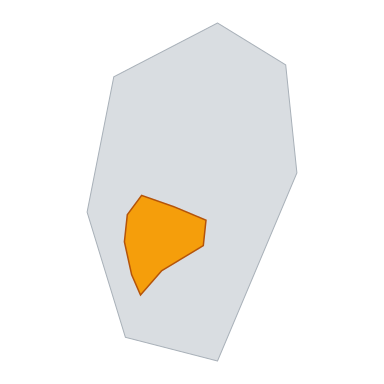 where Buada sits in Nauru
{"feature_id": "NRU-4970", "entity_name": "Buada", "entity_type": "state/province", "adm_level": 1, "iso_a3": "NRU", "parent_name": "Nauru", "parent_adm1": "", "projection": "equal_earth", "projection_center": [166.925, -0.53], "detail": "fine", "context": "in_parent", "style": "filled", "palette": "amber", "viewbox_px": 384, "rotation_deg": 0, "n_neighbors": 0, "source": "natural_earth", "source_scale": "10m", "svg_char_len": 406}
<svg xmlns="http://www.w3.org/2000/svg" viewBox="0 0 384 384"><path d="M296.9,172.9L217.5,361.0L125.4,337.3L87.1,212.1L113.8,76.8L217.5,23.0L285.7,64.9L296.9,172.9Z" fill="#d9dde1" stroke="#a8b0b8" stroke-width="1"/><path d="M206.0,220.2L203.3,245.6L161.7,270.7L140.5,295.0L131.6,274.6L124.4,241.8L127.3,214.7L141.6,195.4L174.6,207.0L206.0,220.2Z" fill="#f59e0b" stroke="#b45309" stroke-width="1.5"/></svg>